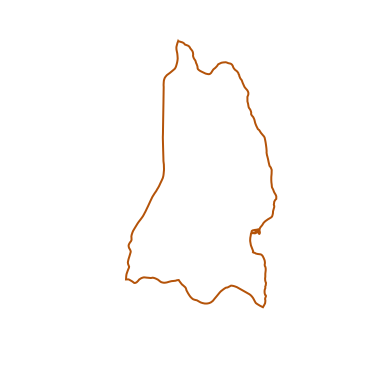 the district of Bolungarvíkurkaupstaður, Vestfirðir, Iceland, rotated 58°
{"feature_id": "244011B6311767935335", "entity_name": "Bolungarvíkurkaupstaður", "entity_type": "district", "adm_level": 2, "iso_a3": "ISL", "parent_name": "Iceland", "parent_adm1": "Vestfirðir", "projection": "mercator", "projection_center": [-23.321, 66.137], "detail": "fine", "context": "isolated", "style": "outline", "palette": "amber", "viewbox_px": 384, "rotation_deg": 58, "n_neighbors": 0, "source": "geoboundaries", "source_scale": "gbopen_adm2", "svg_char_len": 5738}
<svg xmlns="http://www.w3.org/2000/svg" viewBox="0 0 384 384"><g transform="rotate(58 192 192)"><path d="M327.3,192.9L327.2,192.7L326.5,191.4L326.0,190.5L325.1,189.0L323.9,188.0L322.6,187.1L321.5,186.8L320.6,185.9L319.8,184.8L319.4,184.4L318.7,184.2L318.1,184.5L316.9,184.2L316.1,183.9L314.7,183.1L313.5,182.2L312.3,180.7L311.0,180.0L310.2,178.9L308.3,177.4L307.4,177.3L305.8,176.8L304.0,175.8L302.8,174.8L300.1,173.1L297.6,171.1L296.2,170.2L294.6,169.5L293.3,169.4L292.2,168.9L291.3,168.1L290.4,167.5L289.1,166.9L288.2,166.6L285.9,166.2L283.9,166.0L282.5,166.2L281.4,166.7L280.8,167.4L279.4,169.1L278.1,170.4L276.8,171.1L275.9,172.0L275.5,172.2L275.2,172.2L274.9,171.8L274.6,171.5L274.1,171.4L272.0,171.0L268.4,170.3L265.7,169.2L264.5,168.7L263.8,168.3L261.8,166.9L260.3,165.5L259.5,164.8L258.6,164.1L258.3,163.7L258.9,162.5L259.1,162.4L259.2,162.2L259.7,161.3L260.4,160.5L260.5,160.1L260.6,159.8L260.6,157.6L260.3,157.6L260.4,159.9L260.4,160.0L260.2,160.1L260.0,160.3L259.7,160.3L258.9,162.0L259.0,162.0L258.9,162.1L258.5,162.8L258.1,162.8L257.9,162.7L257.6,162.6L257.3,162.5L257.0,162.3L256.8,162.0L256.7,161.6L256.7,161.3L256.7,160.9L257.1,159.8L257.5,158.7L259.5,158.8L259.5,158.5L257.8,158.4L258.7,155.8L261.6,157.1L261.8,156.7L261.6,156.6L261.8,156.3L262.3,156.7L262.3,157.0L262.6,157.3L262.9,157.3L263.2,157.1L263.2,156.9L263.0,156.5L262.2,155.8L261.1,155.4L260.5,155.2L260.0,154.9L259.3,154.3L258.8,153.7L258.3,153.0L257.3,150.0L256.1,147.6L255.6,145.4L255.4,142.1L255.5,138.6L255.2,137.1L254.3,136.0L253.0,134.7L251.3,133.5L248.3,130.2L247.3,129.6L246.2,129.4L245.7,128.9L243.8,127.4L242.9,125.8L242.5,124.2L241.9,123.8L240.3,122.8L238.6,122.5L238.1,122.5L237.0,122.5L235.3,122.4L233.0,121.9L230.5,121.7L229.5,121.3L228.2,120.6L225.8,119.5L224.0,118.5L221.3,116.8L218.8,114.9L215.5,112.7L212.9,112.2L210.9,112.4L210.3,112.2L207.3,111.2L204.1,110.0L201.9,109.3L200.5,108.9L198.1,107.9L196.8,107.0L194.3,105.7L191.7,104.5L189.2,103.4L186.9,102.5L184.4,101.6L183.1,101.5L181.2,101.8L178.3,102.2L176.6,102.2L175.1,102.2L174.4,102.5L173.3,102.8L172.0,102.6L170.5,102.5L169.4,102.3L168.6,102.2L167.3,101.9L166.8,101.8L165.6,101.4L163.8,100.8L162.8,100.6L161.1,100.4L160.6,100.4L159.6,100.6L158.2,100.7L157.3,100.6L155.8,99.6L154.8,99.3L153.2,99.0L152.1,99.0L151.3,99.1L150.1,99.0L148.8,98.5L146.9,97.7L144.6,97.0L142.5,95.7L140.7,94.6L139.3,92.7L137.9,91.7L136.5,91.3L135.0,91.2L132.6,91.6L130.9,91.8L129.9,91.7L128.5,91.5L126.3,91.2L123.6,90.6L121.7,90.8L120.9,90.8L119.9,90.6L119.0,90.5L117.7,90.0L116.7,90.0L115.7,89.7L113.9,89.8L112.8,90.1L111.3,90.7L109.4,91.0L107.9,90.9L106.6,90.6L105.5,90.6L104.5,90.8L103.6,91.3L101.9,93.0L100.5,94.0L99.8,94.7L98.7,96.8L98.0,98.5L97.7,101.0L97.6,102.2L98.3,103.6L98.7,104.9L99.1,106.6L99.3,108.4L99.4,109.0L100.3,111.0L101.1,112.6L101.3,113.7L101.3,114.6L101.0,115.3L100.3,116.2L99.5,117.0L98.8,117.7L97.7,118.4L95.5,119.8L93.7,120.9L92.3,121.5L91.2,121.8L90.4,121.8L89.7,121.5L88.3,120.8L87.4,120.6L86.0,120.3L84.9,120.2L83.8,119.9L82.8,119.6L82.0,119.5L80.8,119.6L80.0,119.6L79.0,119.5L77.7,119.2L77.0,118.9L76.5,118.6L76.1,118.2L74.9,117.6L73.9,117.2L72.7,117.0L72.3,117.0L71.2,117.1L70.3,117.2L69.5,117.3L69.0,117.3L68.2,117.2L66.8,117.4L65.7,117.9L64.8,118.6L64.4,118.9L63.4,119.7L63.1,119.9L62.5,119.9L61.6,120.1L61.2,120.2L60.1,120.8L59.2,121.6L57.8,122.8L56.8,123.8L56.7,123.8L58.1,125.6L58.4,125.9L59.6,127.2L60.8,128.4L61.4,128.8L62.8,129.6L64.3,130.2L66.5,131.0L68.4,131.9L70.1,132.8L71.2,133.4L72.5,134.4L74.2,135.9L75.7,137.5L77.2,139.2L78.0,140.5L78.4,141.4L78.8,144.0L79.3,147.7L79.4,149.3L79.6,151.5L80.2,153.3L80.7,154.5L81.6,155.7L82.6,156.8L84.2,158.0L86.2,159.4L88.0,160.4L91.7,162.8L100.7,168.6L112.1,176.0L122.9,183.0L126.8,185.5L130.1,187.7L132.1,188.9L142.1,194.8L142.8,195.2L148.6,198.6L150.6,199.8L153.8,201.3L156.0,202.6L157.4,203.4L158.9,204.4L161.9,206.7L163.2,207.8L164.7,209.4L166.1,211.5L167.2,213.2L167.7,214.0L169.6,216.9L170.7,218.9L171.1,219.8L172.2,221.8L173.4,224.6L175.1,228.1L176.3,230.0L177.5,231.9L180.6,236.6L182.3,239.3L183.9,241.8L184.8,243.4L185.4,244.4L186.5,246.4L187.3,248.3L188.2,250.6L189.0,252.8L189.8,254.7L190.8,256.7L191.2,257.5L192.5,260.1L193.8,262.6L194.8,264.0L196.4,265.9L197.6,267.0L198.6,267.5L200.5,268.6L201.0,269.2L201.5,270.0L201.9,271.3L203.0,273.3L203.9,274.2L205.0,274.7L206.0,275.0L208.3,275.1L209.8,275.4L210.5,275.9L211.3,276.8L213.6,279.4L215.4,281.5L216.6,282.7L217.7,283.7L219.3,284.4L222.0,284.9L222.8,285.6L223.4,286.5L224.5,288.0L225.6,289.4L227.0,291.1L228.4,292.3L231.2,294.3L232.1,292.7L232.5,292.1L233.1,291.7L233.3,291.6L234.6,290.9L235.9,290.2L237.1,289.7L238.3,289.3L238.8,288.8L239.1,288.0L239.2,287.3L239.2,286.6L239.0,285.8L238.8,284.8L238.2,283.1L238.2,282.2L238.2,280.6L238.5,279.2L238.9,278.0L239.9,276.7L240.7,275.7L241.9,274.1L243.0,272.7L243.4,271.9L243.8,270.8L244.5,270.0L245.2,269.4L246.1,268.7L247.7,267.7L248.4,267.3L251.0,266.4L252.1,265.9L253.2,264.9L254.0,264.0L254.6,263.0L255.3,261.4L256.1,258.6L256.7,256.7L257.7,254.7L258.5,253.0L258.9,251.4L259.6,249.9L261.1,249.9L263.3,249.7L265.1,249.5L266.5,249.0L269.3,248.2L270.1,248.2L271.2,248.4L272.4,248.8L275.6,249.0L278.1,249.0L279.9,248.9L281.8,248.5L283.3,248.0L284.3,247.3L285.2,246.5L286.5,245.2L288.2,244.3L290.2,243.2L291.8,241.9L293.4,240.2L294.5,238.5L295.2,236.7L295.4,236.0L295.6,234.4L295.4,232.1L295.1,231.2L294.4,229.2L293.4,226.1L291.9,221.7L291.5,220.1L291.2,217.3L291.1,215.6L291.1,214.1L291.4,213.3L291.8,212.4L291.9,211.1L292.1,208.5L292.6,207.8L293.8,206.5L295.1,205.4L296.4,204.4L301.9,201.4L305.6,199.4L309.1,197.5L310.4,197.0L311.6,196.7L313.0,196.5L314.4,196.4L316.0,196.5L318.6,196.7L320.0,196.7L321.7,196.0L321.9,195.9L324.3,194.7L325.8,193.8L327.3,192.9Z" fill="none" stroke="#b45309" stroke-width="2"/></g></svg>